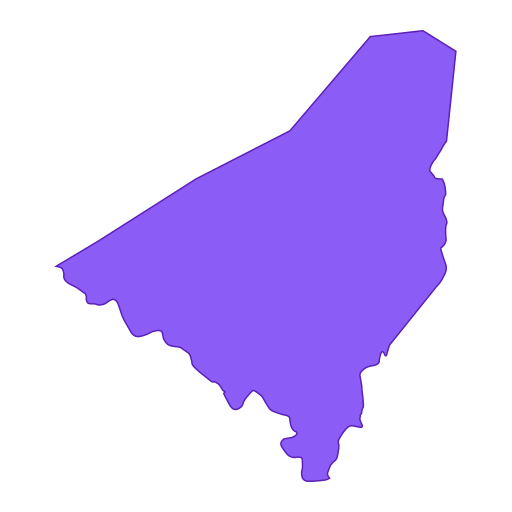 the district of Ceguaca, Santa Bárbara, Honduras
{"feature_id": "27666195B41370347512850", "entity_name": "Ceguaca", "entity_type": "district", "adm_level": 2, "iso_a3": "HND", "parent_name": "Honduras", "parent_adm1": "Santa Bárbara", "projection": "orthographic", "projection_center": [-88.209, 14.817], "detail": "fine", "context": "isolated", "style": "filled", "palette": "violet", "viewbox_px": 512, "rotation_deg": 0, "n_neighbors": 0, "source": "geoboundaries", "source_scale": "gbopen_adm2", "svg_char_len": 6070}
<svg xmlns="http://www.w3.org/2000/svg" viewBox="0 0 512 512"><path d="M56.1,266.3L59.2,267.0L60.4,267.5L61.1,267.8L61.6,268.2L62.2,268.8L62.5,269.2L62.9,269.8L63.1,270.5L63.5,271.9L63.8,273.3L63.9,274.8L63.8,276.8L63.9,277.5L64.0,278.0L64.3,278.9L64.7,279.7L65.4,280.6L66.0,281.3L67.8,282.8L69.2,283.8L73.7,286.0L77.4,288.0L81.1,290.8L84.3,293.0L85.2,293.6L85.4,294.0L85.8,294.8L86.3,296.2L86.4,297.0L86.2,298.2L86.2,298.8L86.3,299.6L86.6,300.7L86.9,301.5L87.3,302.4L87.6,302.8L88.1,303.1L88.9,303.5L90.1,303.7L91.1,303.8L93.8,303.8L94.9,303.9L96.6,304.4L98.2,305.0L100.3,304.9L101.7,304.7L102.8,304.5L103.7,304.2L104.5,303.9L105.5,303.4L106.6,302.7L108.9,301.1L109.8,300.5L111.3,299.8L112.4,299.4L113.3,299.3L114.1,299.5L114.9,299.8L115.7,300.4L116.4,301.1L117.0,301.8L117.5,302.5L117.8,303.2L119.5,308.0L121.8,314.9L123.1,318.0L124.2,320.3L131.4,332.8L132.0,333.6L132.7,334.3L133.5,335.0L134.2,335.5L135.6,336.2L136.9,336.5L138.1,336.6L139.5,336.5L142.3,335.9L144.7,335.1L147.2,334.2L150.6,332.5L152.0,331.8L153.3,331.4L155.6,330.8L157.1,330.6L158.2,330.5L159.3,330.6L160.4,330.8L161.2,331.1L161.5,331.3L161.8,331.7L162.3,333.1L162.8,334.9L163.2,337.3L163.6,338.7L164.2,339.9L165.2,341.6L166.2,342.9L167.1,343.8L167.8,344.4L169.0,345.1L170.0,345.5L171.2,345.9L172.2,346.1L175.3,346.6L178.4,346.9L179.4,347.1L180.1,347.4L181.2,347.9L182.0,348.5L188.6,353.2L189.2,353.8L189.7,354.6L190.2,355.7L190.6,356.7L191.6,360.5L192.0,363.2L192.3,364.4L192.6,365.0L193.0,365.6L194.5,367.3L196.9,369.6L199.4,371.9L205.3,376.6L209.4,379.9L211.1,381.2L211.6,381.6L212.3,381.8L212.8,381.9L214.1,381.9L214.9,382.0L215.5,382.2L216.2,382.6L217.4,383.3L218.2,383.8L218.7,384.3L219.6,385.3L220.5,386.5L222.5,389.8L222.9,390.3L223.5,390.9L223.9,391.1L224.8,391.4L225.0,391.7L225.1,391.9L225.1,392.1L225.0,392.4L224.4,392.8L223.7,393.3L224.7,395.7L227.4,400.7L229.3,404.3L229.8,405.2L230.4,406.2L231.3,407.2L232.2,408.2L232.9,408.8L233.7,409.1L234.7,409.4L235.7,409.5L236.8,409.4L237.9,409.0L238.8,408.5L239.9,407.8L241.0,407.0L241.8,406.1L242.5,405.0L242.9,404.0L243.5,402.1L244.1,400.9L245.3,399.0L246.6,397.2L249.7,393.6L251.6,391.6L252.2,391.0L252.7,390.7L253.2,390.5L253.7,390.5L254.0,390.6L255.3,391.3L257.2,392.5L259.6,394.3L261.3,395.8L261.8,396.2L262.3,396.8L262.8,397.6L265.8,403.0L269.1,408.1L270.1,409.4L270.8,410.0L271.4,410.4L272.7,411.1L275.4,412.2L281.3,414.2L283.2,414.7L286.6,415.5L287.5,415.8L288.5,416.5L288.9,416.8L289.2,417.2L289.5,417.7L289.7,418.2L289.8,419.1L290.1,421.5L290.4,423.4L291.2,426.4L291.7,427.7L292.1,428.5L292.6,429.2L293.8,430.5L294.8,431.3L295.2,431.5L295.9,431.7L296.2,431.9L296.4,432.0L296.7,432.3L296.9,432.8L296.9,433.3L296.9,433.7L296.7,434.2L296.5,434.6L295.5,435.5L294.2,436.4L292.4,437.3L291.6,437.6L287.2,438.3L284.5,438.8L284.0,439.0L283.7,439.2L282.9,439.8L282.1,440.6L281.5,441.5L281.1,442.4L280.9,443.3L280.9,444.3L281.1,445.2L281.6,446.4L282.2,447.5L283.7,449.7L284.8,451.3L287.0,454.0L287.4,454.5L288.1,455.1L288.7,455.6L289.4,456.0L290.3,456.5L291.4,456.9L292.3,457.2L293.5,457.4L294.5,457.5L295.3,457.5L296.1,457.4L297.4,457.1L298.6,457.1L299.9,457.3L301.0,457.6L301.4,457.7L301.7,458.1L302.1,458.9L302.3,460.8L302.4,462.1L302.5,466.0L302.5,467.3L302.4,468.3L301.8,470.8L301.6,472.3L301.6,473.4L301.8,475.1L302.1,476.8L302.3,477.5L302.6,478.2L303.0,478.8L303.3,479.2L303.7,479.6L304.3,480.1L304.9,480.5L305.6,480.8L306.7,481.1L307.6,481.2L310.2,481.3L313.2,481.2L319.4,480.7L324.7,480.1L325.6,479.9L326.6,479.6L327.7,479.2L328.4,478.8L329.6,478.2L329.1,477.6L328.5,476.8L328.1,476.1L327.7,475.2L327.6,474.6L327.5,473.9L327.5,473.2L327.6,472.7L329.3,468.2L330.2,465.9L330.5,465.3L331.6,464.0L332.9,462.4L333.8,461.6L334.8,460.8L335.6,460.0L336.4,458.8L336.9,458.0L337.2,456.8L337.7,454.7L338.4,450.4L338.8,448.2L338.8,446.3L338.8,444.9L338.7,444.1L338.3,442.7L338.3,442.0L338.4,441.1L338.7,439.9L339.3,438.6L341.3,435.3L343.5,432.0L345.4,429.7L346.1,428.9L346.9,428.1L347.7,427.3L348.6,426.7L349.6,426.2L350.4,425.9L351.1,425.8L352.2,425.7L358.0,426.9L360.1,427.3L361.0,427.4L361.5,427.3L361.8,427.1L362.1,426.7L362.3,426.4L362.3,425.7L362.2,425.1L362.0,424.5L361.3,423.2L360.9,422.4L360.0,419.8L359.8,419.1L359.9,418.2L360.2,416.7L360.3,415.2L360.5,414.7L361.2,413.9L361.5,413.3L361.7,412.4L361.8,410.8L362.0,409.9L362.4,408.8L363.0,407.6L363.2,407.1L363.4,406.4L363.4,405.3L363.3,403.1L363.1,400.3L362.6,395.4L361.9,389.8L361.8,386.7L361.7,385.6L359.9,375.5L359.9,374.7L360.0,374.1L360.2,373.5L360.5,372.9L360.9,372.2L361.4,371.6L362.9,370.0L364.4,368.7L365.8,367.8L367.3,367.1L368.8,366.5L370.4,366.1L373.6,365.5L375.7,364.9L376.5,364.6L377.2,364.2L378.2,363.4L378.8,362.7L379.1,362.0L379.2,361.4L379.3,360.1L379.4,359.1L379.8,357.1L380.6,354.3L381.2,352.7L381.6,352.1L381.8,351.9L382.1,351.8L382.4,351.7L382.8,351.8L383.2,352.0L383.5,352.3L383.9,353.0L385.3,355.7L385.5,355.8L385.9,355.8L386.2,355.4L386.5,355.1L386.7,354.5L388.7,347.5L389.5,345.1L436.8,286.2L438.4,284.5L440.1,282.4L440.9,281.2L441.7,280.0L444.3,275.0L445.2,273.1L445.7,271.6L446.1,269.9L446.3,268.4L446.2,266.9L445.9,265.1L445.4,263.4L443.2,257.2L441.7,252.4L440.5,248.1L441.4,247.6L442.4,246.7L443.5,245.6L444.3,244.5L445.0,243.4L445.5,242.2L445.9,241.1L446.1,240.0L446.0,238.6L445.7,234.8L445.6,231.3L445.7,227.7L445.7,226.8L445.9,225.9L446.2,225.0L446.6,223.9L446.8,223.2L446.8,222.5L446.8,221.6L446.5,220.1L445.7,217.8L444.9,216.1L443.7,214.0L443.2,212.8L442.7,210.9L442.5,210.1L442.5,209.2L442.5,208.0L443.2,203.5L443.6,200.0L443.7,198.9L444.0,197.9L444.6,196.5L444.9,195.8L445.5,195.0L445.7,194.2L445.7,193.7L445.6,191.8L445.1,187.3L444.4,184.0L444.0,182.8L443.3,181.1L442.2,179.0L440.3,179.0L439.0,178.9L436.3,178.5L435.6,178.2L435.0,178.0L434.8,177.7L434.5,177.4L434.2,176.4L433.8,175.8L432.1,173.7L430.8,172.2L430.3,171.6L429.9,170.8L429.8,170.2L429.8,169.6L429.9,169.0L430.0,168.2L430.7,166.4L431.4,164.8L432.8,162.1L433.9,160.6L435.3,159.0L435.9,158.2L441.2,149.6L442.6,146.9L443.5,145.4L445.0,143.1L446.5,141.2L455.9,51.3L422.9,30.7L370.3,36.6L289.9,130.8L196.1,178.9L98.1,241.2L56.1,266.3Z" fill="#8b5cf6" stroke="#5b21b6" stroke-width="1.5"/></svg>